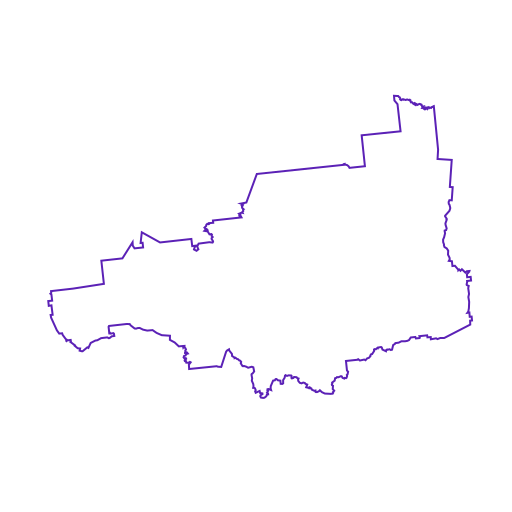 Strathbogie, Victoria, Australia, rotated 354°
{"feature_id": "25037944B88873459559234", "entity_name": "Strathbogie", "entity_type": "district", "adm_level": 2, "iso_a3": "AUS", "parent_name": "Australia", "parent_adm1": "Victoria", "projection": "orthographic", "projection_center": [145.366, -36.724], "detail": "fine", "context": "isolated", "style": "outline", "palette": "violet", "viewbox_px": 512, "rotation_deg": 354, "n_neighbors": 0, "source": "geoboundaries", "source_scale": "gbopen_adm2", "svg_char_len": 6128}
<svg xmlns="http://www.w3.org/2000/svg" viewBox="0 0 512 512"><g transform="rotate(354 256 256)"><path d="M429.8,120.4L428.3,120.9L427.1,119.3L426.2,119.4L425.7,118.1L425.9,117.3L425.3,116.7L424.8,117.1L422.6,116.1L421.2,116.5L418.8,115.5L418.6,115.9L417.8,115.6L416.8,116.2L415.7,115.6L415.2,115.8L416.0,114.9L415.9,114.3L415.6,113.3L414.9,113.0L414.2,111.8L410.0,111.1L409.9,115.8L412.6,119.8L412.8,147.1L373.7,147.0L373.7,178.1L358.2,178.1L357.5,176.5L356.1,175.1L353.6,174.2L353.7,173.7L352.9,173.8L352.9,174.5L265.4,174.5L252.0,201.8L246.4,202.3L247.0,202.6L248.2,202.2L249.1,202.6L247.0,204.1L247.3,204.7L247.7,204.3L248.0,204.6L247.2,205.4L247.2,206.6L248.4,208.0L248.0,208.1L248.0,210.0L246.9,210.9L247.2,211.7L246.3,211.4L244.2,212.0L244.4,212.4L243.7,212.4L244.0,212.8L243.6,213.9L243.9,215.0L244.9,214.4L245.6,216.1L216.9,216.2L216.9,218.5L212.6,218.4L212.7,219.2L212.2,219.4L210.8,219.0L209.9,219.7L209.5,221.0L207.7,222.4L208.6,223.6L209.7,224.0L210.4,225.0L209.5,225.3L208.3,224.7L207.3,225.6L210.5,226.5L212.0,229.6L213.9,229.5L214.4,230.1L213.9,231.2L214.9,232.6L213.7,233.6L213.6,234.3L214.8,236.8L214.8,237.4L214.2,238.1L211.0,237.4L200.2,237.7L198.5,240.4L199.4,243.3L197.4,244.6L195.0,243.0L195.8,241.1L197.1,239.4L193.6,239.5L193.5,232.3L162.0,232.5L144.9,220.5L142.6,231.0L144.6,231.0L144.6,235.7L136.0,235.7L134.5,232.8L134.7,229.4L122.9,244.4L101.7,244.5L101.8,267.8L70.7,269.3L48.5,269.5L48.5,271.3L47.6,272.0L48.5,273.0L48.6,279.1L44.7,279.1L44.7,283.9L47.4,283.7L47.6,293.2L45.6,293.2L45.8,295.9L50.2,309.1L52.2,312.6L55.1,312.6L55.5,314.3L58.1,318.7L59.1,319.5L58.4,320.5L58.7,320.8L59.2,320.2L62.9,320.1L63.0,322.0L62.6,322.2L66.6,325.9L66.3,326.3L69.0,329.1L71.4,329.6L70.7,331.7L73.0,332.6L73.6,332.6L78.7,329.2L79.7,329.9L82.5,325.2L87.4,323.3L89.4,323.2L93.4,321.5L99.5,321.4L101.1,322.4L102.0,322.2L104.1,320.8L106.7,320.7L106.6,318.4L106.1,317.8L103.3,318.0L102.5,317.8L102.9,317.3L102.7,317.0L102.0,317.2L102.0,311.0L102.5,310.2L120.2,310.1L123.3,310.5L124.0,311.8L127.7,315.4L129.1,315.7L130.9,315.3L132.8,315.4L135.9,317.4L140.0,318.8L145.4,318.9L149.1,322.1L154.0,324.9L162.1,326.3L161.6,330.4L166.1,333.5L169.8,337.8L174.6,337.9L174.0,338.6L174.1,339.4L175.1,338.2L175.5,338.3L175.2,339.4L176.1,340.2L176.6,341.6L175.8,342.6L176.1,343.9L175.4,344.3L175.3,344.9L177.3,344.8L178.0,345.9L176.4,346.2L175.5,347.6L174.1,347.8L173.4,349.2L174.1,350.4L175.4,350.2L175.8,350.6L175.8,351.0L174.1,352.6L174.3,353.1L175.3,353.2L175.5,354.8L177.7,355.1L179.2,354.4L179.9,354.9L177.9,357.0L177.7,361.4L205.4,361.5L206.5,362.1L209.8,362.7L216.3,348.0L217.4,346.9L219.4,346.0L219.5,347.2L221.8,350.8L221.8,353.0L224.0,354.7L224.0,355.3L224.9,355.0L226.3,356.4L227.4,356.8L228.4,358.1L229.4,358.5L230.2,359.8L229.6,361.0L230.9,363.8L231.6,364.3L232.5,364.1L234.8,365.1L236.5,366.3L240.2,365.7L241.7,366.4L242.1,370.6L240.4,372.4L239.4,372.9L239.1,373.6L239.4,377.3L238.8,379.6L239.9,383.1L239.9,385.3L239.4,386.8L240.8,387.1L241.2,387.6L241.7,389.4L241.0,390.5L241.4,392.0L245.5,390.6L245.8,392.7L248.0,393.3L248.0,394.0L245.9,395.0L245.6,396.0L246.1,397.3L248.3,397.9L249.6,397.8L251.1,396.9L252.0,396.0L252.3,395.0L253.6,394.9L253.6,394.0L252.7,393.0L253.9,391.5L253.9,390.9L253.3,390.7L253.5,389.7L254.6,389.6L257.0,390.9L256.7,389.1L257.1,386.9L260.0,381.7L261.8,381.6L262.6,380.5L263.5,380.5L264.8,381.9L267.2,382.5L267.2,385.7L268.8,386.0L269.7,385.5L270.0,382.3L271.8,380.0L272.3,378.1L272.9,377.6L274.3,378.5L276.0,378.1L278.5,378.5L278.9,379.1L278.5,381.0L278.9,381.5L280.4,381.2L281.2,380.3L283.7,380.8L284.2,381.7L285.5,382.3L284.9,383.5L285.0,384.7L286.3,386.7L288.0,387.4L289.7,386.8L291.3,387.4L291.8,388.3L293.5,389.2L292.2,391.8L294.1,392.5L295.6,392.1L296.1,392.6L295.7,393.2L297.2,393.5L297.6,394.8L299.8,396.1L301.1,396.0L301.0,397.3L301.3,397.6L302.6,397.7L304.6,397.0L305.5,396.2L307.3,398.3L310.1,400.0L315.8,400.9L317.9,400.9L318.5,400.1L318.3,399.4L319.7,398.2L318.4,396.3L319.0,393.1L318.1,392.4L318.0,391.5L318.6,390.6L318.5,389.8L321.2,388.2L321.9,385.8L323.2,385.6L323.9,384.9L325.3,385.2L327.9,384.4L328.6,384.6L329.4,386.3L331.0,387.1L331.4,386.5L332.8,386.9L333.3,386.6L334.1,384.8L333.9,383.8L334.7,383.2L335.5,380.7L334.5,379.4L334.5,369.8L346.1,369.8L346.8,369.3L348.4,370.8L352.8,370.3L354.0,371.1L355.9,369.4L357.6,369.1L359.3,367.6L359.3,366.8L360.3,365.7L361.2,365.7L363.5,362.9L363.6,361.3L364.1,361.0L365.4,361.3L366.5,360.4L367.5,360.6L367.7,359.8L370.9,359.6L371.5,360.1L372.0,362.3L375.3,364.3L375.6,363.2L376.6,362.7L376.9,363.0L379.1,362.7L380.2,363.6L381.5,363.4L383.1,358.9L384.9,358.0L385.5,357.2L388.8,357.1L391.7,356.0L395.2,356.4L397.7,356.2L399.4,355.6L401.4,353.2L406.0,353.2L406.4,354.7L410.1,354.7L410.5,353.7L410.2,352.8L417.9,352.8L418.0,354.8L421.3,354.9L421.2,357.1L426.5,356.7L427.8,357.6L430.7,356.8L434.7,357.2L461.9,346.6L462.2,342.7L464.1,342.7L464.1,338.8L462.2,338.8L462.3,334.5L460.3,334.6L461.4,333.3L462.3,330.1L463.2,323.9L462.9,319.0L463.9,316.0L463.7,310.2L464.4,308.0L462.6,306.9L462.5,306.2L463.3,303.9L463.3,302.9L467.3,302.9L467.3,299.2L463.8,299.2L463.8,296.2L466.4,293.9L466.7,293.2L464.0,293.2L462.5,294.4L459.4,290.7L457.8,292.1L456.6,290.6L455.7,291.3L455.7,290.7L452.8,286.5L450.3,286.5L450.3,281.7L447.3,281.0L448.3,279.6L448.3,278.0L447.1,274.7L447.7,270.8L446.5,268.4L444.4,266.8L444.0,265.0L444.2,264.2L443.6,261.8L443.8,259.2L445.0,257.1L446.4,253.2L446.2,250.8L446.3,250.4L447.8,250.1L448.5,248.4L447.8,244.9L447.8,243.3L449.5,239.8L449.2,239.3L449.5,238.8L448.2,236.3L448.3,235.7L453.1,231.3L454.1,229.1L454.2,228.3L453.8,225.3L453.2,224.3L453.2,222.5L454.2,220.7L456.5,221.1L458.8,208.1L456.0,207.6L460.7,180.9L446.7,178.5L448.2,169.4L448.5,125.5L448.1,125.6L448.0,126.4L446.5,126.2L445.6,127.1L444.4,126.6L443.9,126.9L443.9,126.4L442.9,126.5L442.7,126.0L442.1,126.2L441.7,127.3L441.2,126.5L440.4,127.3L440.0,126.6L439.7,127.7L439.1,127.8L438.2,127.0L438.2,126.2L436.9,126.1L438.0,124.8L436.9,124.9L436.5,122.9L435.7,122.7L435.6,122.2L434.3,121.8L432.4,122.6L431.7,121.8L430.7,122.7L430.0,122.2L430.9,122.1L430.9,121.7L430.1,121.5L430.3,121.0L429.8,120.4Z" fill="none" stroke="#5b21b6" stroke-width="2"/></g></svg>